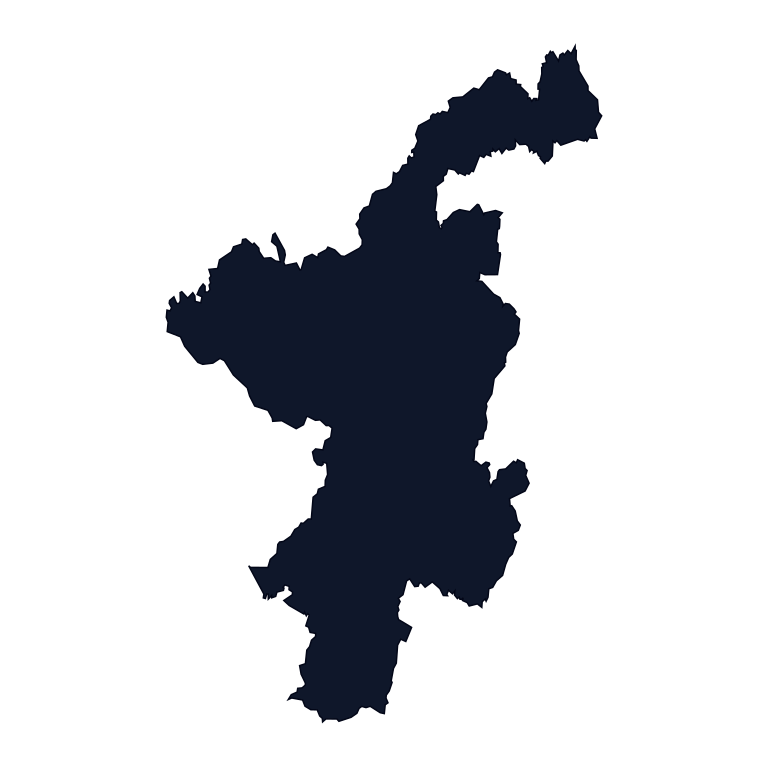 outline of Tequila, Jalisco, Mexico
{"feature_id": "50627088B96984621240614", "entity_name": "Tequila", "entity_type": "district", "adm_level": 2, "iso_a3": "MEX", "parent_name": "Mexico", "parent_adm1": "Jalisco", "projection": "equal_earth", "projection_center": [-103.748, 21.116], "detail": "fine", "context": "isolated", "style": "filled", "palette": "ink", "viewbox_px": 768, "rotation_deg": 0, "n_neighbors": 0, "source": "geoboundaries", "source_scale": "gbopen_adm2", "svg_char_len": 6080}
<svg xmlns="http://www.w3.org/2000/svg" viewBox="0 0 768 768"><path d="M384.3,713.6L385.2,704.8L388.0,702.8L386.0,698.1L386.3,695.1L389.2,691.0L392.1,682.4L391.2,680.8L393.5,668.4L396.3,663.2L397.6,645.2L400.7,639.2L405.8,641.5L411.6,627.4L398.6,619.6L397.7,616.6L397.4,612.5L398.9,610.0L397.8,606.6L400.1,601.5L398.3,598.3L403.0,594.7L406.6,580.9L409.7,578.9L414.7,586.6L418.2,586.2L419.3,583.1L421.3,582.8L425.1,587.2L432.3,581.9L439.9,588.6L443.3,595.5L447.6,595.7L446.8,594.3L448.5,590.3L452.5,593.8L454.9,590.8L454.5,595.0L457.4,598.6L459.1,597.1L459.9,599.2L461.9,599.3L463.4,597.6L462.5,600.5L467.2,602.6L469.2,606.0L477.4,603.9L481.8,607.4L482.2,601.7L485.2,599.0L486.1,601.2L488.0,597.3L488.8,588.8L492.7,587.4L496.4,580.8L502.6,575.4L505.7,564.3L508.7,557.4L512.3,554.0L516.4,541.9L513.7,539.2L512.9,533.4L518.3,530.3L520.3,525.0L517.3,520.9L515.2,511.0L511.7,505.7L510.2,506.1L509.5,498.6L525.1,491.0L529.1,483.2L525.7,475.4L527.1,470.5L525.1,468.5L524.3,463.2L517.6,459.7L516.3,462.8L513.6,461.2L505.7,468.9L499.5,469.7L498.1,471.6L496.9,479.4L493.5,480.9L490.8,486.5L488.6,480.9L489.9,477.2L489.5,472.6L487.0,467.7L489.7,464.6L489.2,463.0L485.9,462.1L481.1,465.7L475.9,461.3L473.8,461.6L472.8,459.5L474.0,459.7L474.7,448.6L477.5,444.6L477.9,439.7L483.0,438.7L483.9,432.3L485.9,429.2L486.9,422.0L485.3,413.2L486.9,406.5L486.1,403.5L491.8,393.9L494.2,378.5L504.9,365.9L504.3,362.9L505.7,362.2L505.5,357.1L507.2,352.0L515.3,344.6L519.2,333.4L518.5,330.6L519.6,319.1L514.4,314.2L516.0,311.9L514.0,308.8L509.3,304.1L505.4,303.5L502.8,306.3L503.2,304.1L499.9,297.6L493.6,294.1L481.9,281.4L476.8,280.8L479.3,278.6L479.8,272.5L484.9,274.7L497.5,274.6L500.5,254.5L500.2,252.8L497.9,252.7L498.1,244.2L496.4,241.8L497.7,229.3L499.3,228.6L499.6,226.3L499.9,219.3L498.1,217.7L502.3,212.8L495.6,210.5L484.6,213.0L483.8,214.7L478.7,204.7L477.3,204.4L469.9,211.7L459.5,209.6L453.3,212.5L447.0,219.6L443.5,220.8L443.3,223.4L441.0,225.4L442.1,227.5L441.3,228.8L439.4,227.6L438.4,221.9L436.3,220.1L436.5,212.0L434.8,211.1L436.8,194.7L435.8,186.5L443.4,180.7L443.3,176.4L446.2,174.2L447.9,168.5L454.8,170.0L458.3,174.0L459.5,172.8L465.1,175.4L466.3,173.3L469.0,174.2L471.4,170.9L473.4,171.6L479.6,155.5L483.8,157.4L486.1,154.4L490.9,156.2L490.2,151.7L492.8,151.1L492.9,149.0L495.3,151.8L499.1,148.6L501.9,153.5L506.1,148.1L508.8,150.1L513.9,149.0L515.6,145.9L515.3,139.8L519.7,144.6L526.0,144.2L528.6,146.5L529.7,151.6L531.6,149.6L533.8,151.3L533.4,153.0L536.9,151.3L538.5,155.6L540.5,156.7L540.1,158.3L544.7,163.6L545.8,161.1L548.1,161.1L552.3,156.0L553.0,141.0L555.0,142.8L556.8,140.6L560.8,145.2L577.6,139.3L584.1,141.0L585.6,139.7L586.9,141.3L589.9,136.7L591.0,138.1L597.1,138.3L594.7,128.9L601.7,115.8L598.5,112.2L597.5,99.8L588.0,90.6L588.0,86.1L579.0,70.9L578.8,65.8L576.1,59.6L576.3,50.4L575.2,49.8L575.1,46.1L571.1,53.7L567.8,50.5L564.2,55.0L562.9,53.1L560.0,54.9L558.5,61.0L552.9,51.7L551.3,52.6L550.3,51.3L548.3,55.1L546.7,54.9L545.4,56.9L546.6,62.7L542.3,63.8L543.2,66.7L541.7,67.4L541.8,73.9L540.1,81.7L538.1,83.9L538.0,89.1L539.6,89.3L538.6,99.8L536.1,100.3L536.8,98.6L533.8,98.5L531.8,101.3L529.7,97.7L527.8,98.6L528.0,93.8L520.4,86.5L520.7,84.6L516.2,84.1L516.1,80.0L510.7,78.6L509.6,73.0L506.4,74.8L505.6,72.9L497.6,69.8L494.5,72.1L492.5,76.8L488.5,77.9L479.2,89.7L473.8,88.1L462.8,96.9L452.9,97.8L448.3,101.1L450.2,107.4L447.8,112.6L442.3,111.4L440.1,114.0L437.9,112.8L435.7,114.6L433.0,114.0L430.8,116.2L430.5,119.3L418.7,125.7L415.7,134.6L417.9,141.0L414.8,148.3L411.8,150.2L411.7,152.5L413.8,152.1L414.0,157.0L411.2,157.9L409.2,155.9L407.8,158.2L407.9,164.1L402.7,165.4L399.5,171.6L396.3,173.8L393.5,172.4L392.4,182.8L390.1,185.9L386.4,188.7L376.0,191.3L372.5,194.3L369.3,206.0L364.0,207.9L359.7,214.1L359.9,218.7L356.1,224.1L359.1,229.1L359.2,233.9L362.3,239.7L362.1,244.8L359.6,248.1L344.6,256.4L340.8,255.9L334.7,249.9L327.9,247.1L326.4,249.7L318.5,253.9L317.7,257.6L312.1,254.3L304.6,257.8L301.1,269.7L300.0,270.1L296.4,263.0L285.1,265.4L283.7,262.2L285.3,254.9L284.5,250.4L275.0,233.1L272.9,234.8L271.6,241.7L276.9,246.2L280.4,261.8L275.5,261.0L270.8,257.7L263.7,258.3L259.2,251.5L258.8,248.2L254.1,243.1L252.4,244.7L245.8,238.9L242.6,239.5L241.8,244.1L233.5,246.8L231.5,251.8L219.5,259.9L217.6,268.5L208.9,269.4L211.0,276.1L209.4,278.2L210.6,283.1L209.1,285.1L210.0,289.6L208.0,292.0L205.1,292.0L205.1,286.2L203.1,284.0L199.7,288.4L197.1,294.5L202.0,296.8L200.8,302.8L195.2,301.4L194.9,296.0L192.8,292.7L187.7,298.1L181.8,291.7L180.1,292.6L180.3,300.9L179.2,303.3L176.7,303.5L173.9,296.8L169.6,300.5L169.2,303.3L171.6,307.8L170.0,310.9L167.0,310.1L166.3,317.3L168.1,322.3L167.2,331.6L180.5,336.8L184.7,346.3L197.9,362.4L202.7,364.3L212.9,363.1L220.0,358.4L224.4,360.7L233.4,375.0L247.3,387.9L249.6,396.0L254.7,406.0L267.9,410.3L272.2,418.0L272.7,421.3L281.8,420.7L296.2,428.7L303.5,424.7L306.6,416.7L307.9,416.5L315.4,420.3L320.1,419.9L326.2,425.6L329.0,425.5L332.1,428.1L330.7,437.5L325.2,440.7L322.9,449.9L315.6,448.9L312.5,452.0L314.2,460.2L317.4,464.7L321.5,465.6L323.1,464.3L322.9,462.2L326.7,463.3L327.6,474.6L325.3,480.2L325.1,486.4L318.4,489.2L317.3,493.8L313.1,497.2L311.3,519.0L308.2,519.0L303.3,523.4L301.1,523.0L298.7,527.2L294.8,529.5L290.9,536.2L283.5,541.4L279.6,542.0L277.8,544.4L276.9,553.5L270.3,559.4L267.9,567.5L250.5,567.4L248.7,565.8L263.9,594.1L263.3,597.9L265.4,598.5L266.8,593.9L268.2,594.1L268.3,599.1L271.7,595.4L271.7,597.8L275.7,596.4L276.9,592.1L283.4,590.4L284.0,588.1L282.9,587.5L284.9,584.9L289.2,586.4L289.0,589.7L292.5,591.9L292.3,594.8L283.8,600.5L289.2,605.5L303.9,614.0L304.6,611.9L306.3,615.8L307.8,613.6L309.2,615.2L305.8,625.9L308.6,627.2L310.1,632.4L315.6,633.4L315.6,636.5L311.5,640.2L309.6,646.6L306.8,650.1L305.4,663.7L299.6,665.6L301.1,674.2L305.4,683.1L305.2,685.2L302.0,687.9L297.7,688.3L297.1,692.1L291.3,694.6L288.3,699.5L291.7,698.0L302.6,700.0L305.0,706.2L310.8,709.7L317.2,709.8L319.7,716.0L322.3,718.3L322.6,721.9L326.0,718.9L336.9,719.0L338.9,721.3L351.1,717.3L356.9,713.3L359.1,708.3L361.8,706.4L366.0,707.6L370.2,706.3L380.2,712.7L384.3,713.6Z" fill="#0f172a" stroke="#020617" stroke-width="1.5"/></svg>